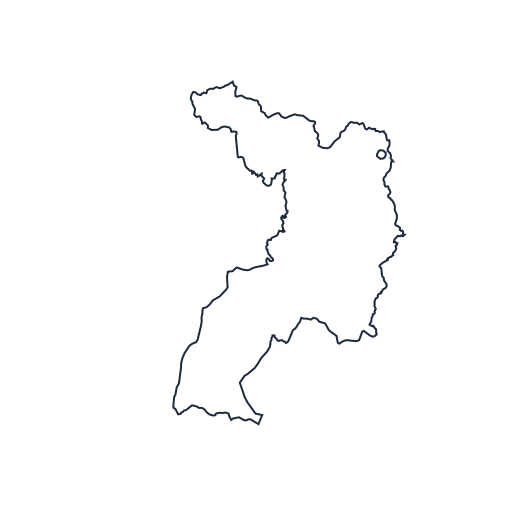 Bambesa, Orientale, Democratic Republic of the Congo, rotated 34°
{"feature_id": "63176286B69142293994365", "entity_name": "Bambesa", "entity_type": "district", "adm_level": 2, "iso_a3": "COD", "parent_name": "Democratic Republic of the Congo", "parent_adm1": "Orientale", "projection": "robinson", "projection_center": [25.884, 2.972], "detail": "fine", "context": "isolated", "style": "outline", "palette": "slate", "viewbox_px": 512, "rotation_deg": 34, "n_neighbors": 0, "source": "geoboundaries", "source_scale": "gbopen_adm2", "svg_char_len": 6126}
<svg xmlns="http://www.w3.org/2000/svg" viewBox="0 0 512 512"><g transform="rotate(34 256 256)"><path d="M139.2,124.5L136.6,130.7L135.3,131.6L134.7,133.8L132.0,137.3L129.3,137.8L128.0,139.1L127.1,141.5L125.2,142.3L123.9,143.9L122.9,146.0L123.8,148.3L123.6,149.0L121.2,149.8L121.0,150.8L120.2,151.7L120.3,153.4L117.5,154.6L114.1,154.2L112.2,155.2L112.5,158.7L113.5,161.4L115.4,163.1L116.7,163.5L118.4,165.5L123.3,168.2L125.8,173.5L128.7,174.2L131.0,171.8L132.5,171.9L133.7,173.5L135.5,174.3L137.2,176.4L137.7,176.3L138.5,174.2L139.2,173.9L143.2,174.7L144.5,176.8L148.8,176.3L153.6,172.8L155.5,168.4L157.5,166.2L161.9,164.4L164.3,165.0L165.7,166.6L166.3,166.7L167.5,165.5L170.3,164.1L171.5,165.3L172.2,167.9L185.4,183.9L186.3,184.1L188.3,182.1L190.2,181.8L190.9,182.0L196.3,186.8L198.3,187.9L203.6,188.7L204.5,187.7L205.1,187.8L206.8,189.9L207.2,189.4L207.1,187.4L210.6,188.7L211.3,187.7L213.0,189.1L214.7,184.7L215.5,186.4L219.5,187.2L219.8,190.1L221.4,191.1L225.1,191.5L226.6,191.2L228.1,189.7L228.4,188.3L226.8,184.4L225.6,183.0L227.7,181.7L228.1,181.0L227.4,179.6L227.6,177.9L226.9,176.2L227.1,175.6L228.8,175.0L229.4,174.3L229.9,171.3L230.9,169.2L231.8,168.6L232.0,171.1L233.7,171.8L236.3,176.6L236.9,176.8L238.0,176.2L238.2,176.6L237.5,178.5L238.0,181.9L241.0,184.1L242.1,186.1L244.9,186.9L246.7,191.3L250.0,193.2L251.3,194.6L252.3,197.8L255.9,201.3L257.1,201.1L257.7,202.8L257.1,206.4L257.5,206.9L258.8,206.6L259.1,207.3L258.1,208.8L257.3,209.0L256.5,208.1L255.5,208.0L255.4,210.0L256.1,211.0L259.2,212.1L260.6,213.8L260.5,215.6L261.3,216.7L262.3,217.2L263.7,218.9L265.7,219.3L265.9,219.8L264.8,221.1L263.5,220.7L262.6,221.7L261.2,222.0L262.1,227.0L259.0,232.0L258.9,233.4L259.4,234.2L258.9,234.8L257.4,235.4L257.0,236.3L257.9,239.3L259.3,239.8L259.1,242.0L259.8,243.4L261.0,244.5L262.0,244.3L262.6,245.4L265.6,247.5L267.3,247.6L268.5,248.5L271.4,248.8L272.5,249.8L272.5,250.4L271.0,252.2L269.9,252.3L268.9,251.5L266.7,251.5L266.5,252.7L266.9,253.7L268.7,255.7L270.2,256.4L267.5,259.9L261.8,265.6L259.6,268.6L258.7,270.7L256.6,272.8L253.3,274.4L246.3,276.4L245.1,281.6L241.5,284.8L243.8,289.8L249.9,297.7L250.1,300.3L248.5,309.8L245.1,316.8L244.7,322.4L243.6,326.2L241.3,328.7L242.2,331.4L243.8,333.8L245.1,337.2L247.6,340.7L249.5,344.9L254.3,357.7L254.6,360.9L252.4,364.0L251.0,367.5L251.1,376.5L252.2,382.1L254.0,386.9L256.6,391.1L263.3,404.6L263.8,409.5L266.6,415.7L267.1,418.8L271.6,427.1L272.6,428.0L274.6,427.8L280.0,430.8L281.9,428.8L281.6,427.6L282.6,426.0L282.7,424.6L284.3,422.5L286.5,415.5L290.9,413.9L293.7,413.8L296.3,412.1L299.1,412.0L302.4,413.1L305.9,413.4L309.5,412.3L310.8,411.4L311.3,410.6L310.9,409.3L311.2,408.5L314.0,405.9L315.9,405.2L317.8,403.2L319.2,402.4L321.5,402.0L322.8,403.4L327.1,405.8L327.9,403.5L332.1,399.2L337.7,398.8L339.9,397.8L341.0,395.6L342.8,394.5L352.0,394.0L350.1,384.4L343.7,386.9L330.9,382.2L325.7,379.4L313.4,370.1L313.5,361.5L314.9,358.9L317.5,349.8L317.8,344.8L317.4,337.6L318.6,329.4L318.3,323.2L317.4,321.9L317.3,320.9L316.0,319.4L315.7,316.7L314.7,315.5L314.7,313.7L314.1,312.6L315.8,311.5L317.0,312.9L319.8,313.3L320.9,314.0L322.3,313.8L322.8,312.8L324.7,311.2L326.8,311.4L328.1,310.8L329.5,311.4L330.2,310.0L330.4,308.5L328.1,296.8L329.1,294.2L329.2,291.6L329.0,289.0L329.2,285.9L328.1,281.9L330.4,281.3L333.5,279.3L337.0,278.1L338.2,275.1L341.6,274.0L344.9,275.0L346.4,274.8L350.2,273.3L352.1,273.7L357.4,276.5L359.6,277.0L367.4,277.2L372.2,282.1L374.1,282.1L375.3,278.9L377.0,276.3L378.4,275.0L386.7,270.6L388.6,268.1L386.3,259.2L387.3,257.8L394.8,258.2L397.7,257.7L399.1,256.3L399.8,253.9L399.6,253.0L398.2,252.2L397.4,250.6L396.4,249.6L395.0,249.5L393.5,248.6L392.6,248.9L392.1,248.4L391.2,249.2L388.6,249.5L388.0,245.4L386.4,242.5L386.3,240.4L385.4,239.0L386.4,237.7L386.3,236.7L385.2,235.4L384.9,232.9L381.9,231.1L381.4,229.5L380.0,228.2L379.0,224.2L379.8,222.9L379.9,221.7L379.1,221.0L378.9,219.2L380.4,217.3L380.5,216.7L379.7,216.1L380.3,215.1L379.9,212.9L381.2,210.1L381.4,209.1L380.9,207.5L379.9,206.3L376.0,204.8L373.9,202.6L372.4,202.4L371.2,201.5L367.3,196.8L366.4,196.0L364.2,195.6L363.8,194.4L365.0,190.4L367.5,185.4L366.5,185.1L366.5,184.4L367.7,181.8L368.5,181.4L368.7,179.7L369.3,178.7L368.7,178.4L368.0,176.8L368.6,173.8L368.0,171.2L366.2,169.9L366.6,167.7L365.8,167.4L365.9,166.3L364.2,166.7L363.5,166.5L362.9,167.4L362.4,167.4L361.5,164.6L362.4,159.8L364.2,159.3L365.0,157.7L366.2,157.8L366.8,157.3L367.2,155.4L366.2,156.0L365.2,155.1L364.8,154.0L363.1,153.1L362.3,154.0L360.6,153.9L359.7,152.1L357.0,151.9L354.6,152.4L353.4,151.6L352.0,146.6L350.0,143.3L345.4,140.4L343.3,137.1L341.5,135.6L337.8,133.7L336.3,133.8L334.9,132.9L332.9,133.3L331.6,131.9L332.2,129.4L331.7,127.9L329.9,126.5L328.6,126.2L327.0,124.6L326.2,124.6L325.0,125.8L324.0,125.9L322.1,124.5L321.4,123.1L319.0,121.6L318.2,119.5L318.7,117.4L318.1,114.4L319.0,110.6L318.2,107.2L316.0,103.5L315.4,101.8L316.8,100.9L312.8,99.6L312.0,97.6L309.7,95.8L306.5,95.4L305.0,92.8L305.1,90.5L303.4,87.3L301.7,85.6L300.9,86.5L299.6,86.5L295.5,82.4L292.9,81.9L292.4,81.2L291.3,81.8L289.3,84.1L287.1,84.2L285.5,85.4L284.7,85.2L283.8,84.0L282.8,84.4L281.8,85.7L277.9,86.5L277.3,88.8L276.8,89.3L275.2,89.3L271.1,86.3L270.0,86.2L268.0,89.3L265.4,88.9L262.5,91.0L260.5,91.3L259.6,92.1L258.9,94.6L259.2,96.8L258.6,97.8L258.5,98.7L259.2,101.1L258.9,103.0L257.4,105.4L257.2,106.7L258.8,110.1L258.9,111.3L257.0,117.1L256.6,124.4L254.8,126.8L250.8,129.0L246.1,129.6L244.9,126.8L243.7,125.3L241.1,124.3L240.3,121.5L239.5,120.5L237.6,119.7L235.3,119.7L230.9,115.9L230.8,112.7L230.0,111.9L228.9,111.8L226.0,113.5L224.3,113.9L216.6,113.4L211.5,116.1L208.9,116.9L205.3,121.8L204.2,124.0L202.7,125.5L198.9,126.1L195.5,124.8L194.1,125.4L192.0,128.0L188.7,134.5L185.1,133.8L183.4,132.7L179.4,133.1L176.5,129.4L175.7,128.9L173.5,128.7L170.7,126.5L169.6,126.7L167.9,127.7L162.5,129.0L161.0,130.3L158.0,130.9L154.6,131.0L153.4,131.8L151.0,134.7L149.5,134.9L146.7,131.0L145.9,127.9L145.2,126.7L142.5,127.1L139.2,124.5ZM300.6,105.6L299.6,104.5L299.0,100.7L299.6,99.0L302.6,97.4L305.6,97.9L306.8,99.1L307.4,100.7L307.5,102.4L306.9,104.0L304.8,105.9L300.6,105.6Z" fill="none" stroke="#1e293b" stroke-width="2"/></g></svg>